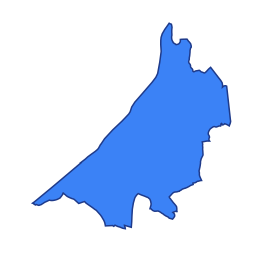 outline of Santa Lucía, Atlántico, Colombia, rotated 84°
{"feature_id": "7082276B3816592638323", "entity_name": "Santa Lucía", "entity_type": "district", "adm_level": 2, "iso_a3": "COL", "parent_name": "Colombia", "parent_adm1": "Atlántico", "projection": "robinson", "projection_center": [-74.963, 10.342], "detail": "fine", "context": "isolated", "style": "filled", "palette": "blue", "viewbox_px": 256, "rotation_deg": 84, "n_neighbors": 0, "source": "geoboundaries", "source_scale": "gbopen_adm2", "svg_char_len": 5568}
<svg xmlns="http://www.w3.org/2000/svg" viewBox="0 0 256 256"><g transform="rotate(84 128 128)"><path d="M149.5,48.2L148.6,48.7L147.9,48.7L147.4,48.7L146.9,48.5L146.5,48.4L146.1,48.1L145.9,48.0L145.6,47.9L145.3,47.9L143.9,48.2L143.7,48.3L143.3,48.6L143.0,48.7L142.1,48.8L141.5,48.7L141.0,48.6L140.3,48.3L139.7,48.0L139.1,47.6L138.4,47.1L138.0,46.8L137.5,46.3L137.1,45.7L136.6,44.9L136.0,43.7L135.8,43.2L135.6,42.6L135.6,42.2L135.6,41.9L136.0,41.0L136.2,40.4L136.2,40.1L136.2,39.8L136.1,39.4L136.0,39.0L135.9,38.5L135.6,37.6L135.5,37.0L135.7,36.0L135.7,35.7L135.5,35.4L135.3,35.3L134.6,35.3L134.2,35.3L133.4,34.9L133.2,34.5L133.3,34.4L133.9,34.0L134.3,33.9L134.6,33.8L134.7,33.7L134.8,33.5L134.9,33.4L134.8,33.2L134.4,32.1L134.1,31.7L133.8,31.4L134.0,31.0L135.2,28.8L136.5,27.1L136.0,26.9L135.5,26.6L133.9,25.8L132.4,25.3L131.8,25.2L130.9,25.3L97.9,25.5L96.7,25.5L96.4,26.0L96.2,26.5L96.1,27.1L96.2,27.7L96.2,28.1L96.6,28.8L97.3,29.8L95.9,29.5L94.7,29.5L93.5,29.6L92.7,29.7L91.7,30.2L90.6,30.7L86.9,33.0L78.9,37.9L76.3,39.5L77.4,41.1L78.1,42.0L79.9,44.0L80.3,44.5L80.6,45.0L81.1,45.7L81.2,45.9L81.2,46.1L81.2,46.4L81.0,46.9L80.4,47.9L79.9,49.2L79.7,49.5L79.3,49.9L78.6,50.4L78.4,50.6L78.2,50.8L78.1,51.1L78.1,51.6L78.2,52.5L78.3,54.5L78.4,55.0L78.8,56.0L78.9,56.5L78.9,56.8L78.8,57.0L78.6,57.3L78.4,57.4L78.3,57.5L78.1,57.6L77.1,57.5L76.7,57.6L76.2,57.8L75.7,58.1L74.9,58.8L74.4,59.1L74.0,59.3L73.5,59.4L72.4,59.3L71.9,59.4L71.5,59.5L71.0,59.7L70.1,60.3L69.8,60.5L69.1,60.7L68.5,60.7L68.1,60.7L67.6,60.5L66.6,60.1L66.2,59.9L64.6,59.7L63.3,59.3L62.1,59.0L59.1,58.4L57.4,58.2L56.8,58.0L56.1,57.8L55.2,57.4L54.7,57.2L54.3,56.7L53.7,56.6L53.1,56.6L52.5,56.6L52.1,56.7L51.2,56.8L50.8,56.9L50.4,57.1L49.6,57.6L48.8,58.1L48.4,58.5L47.6,59.0L46.2,59.8L45.8,60.0L45.6,62.3L45.4,65.1L45.4,66.7L46.0,66.7L46.9,66.9L47.7,67.0L47.9,67.1L48.9,67.9L49.4,68.4L49.8,69.1L49.9,69.5L50.1,71.1L50.1,71.5L49.9,71.8L49.6,71.9L49.0,72.7L48.5,73.4L47.9,74.0L47.7,74.2L47.2,74.2L46.6,74.5L45.9,74.8L45.3,75.0L44.8,75.1L43.6,75.2L43.0,75.2L42.0,75.1L41.5,75.0L41.0,74.9L40.2,74.6L39.1,74.6L38.5,74.5L37.5,74.5L36.7,74.4L35.6,74.3L35.0,74.2L34.4,74.1L32.5,73.7L30.7,73.8L29.3,74.0L29.0,74.8L28.6,75.4L28.1,76.1L33.9,81.2L37.9,84.1L41.3,85.6L44.1,86.2L48.4,86.7L55.3,87.0L65.7,89.5L76.9,92.8L80.5,95.0L85.1,99.3L98.3,113.4L102.9,118.4L107.5,122.1L112.0,124.1L114.2,125.8L120.5,133.2L128.3,143.4L136.2,152.4L141.5,156.8L141.5,157.0L145.0,159.4L146.1,160.5L147.9,163.1L150.0,166.8L152.4,170.9L154.4,173.6L157.6,178.8L157.8,178.5L170.4,197.0L179.0,209.7L191.8,229.0L192.8,230.8L193.2,230.0L194.0,229.3L193.9,229.1L194.7,228.4L194.9,227.9L194.6,227.6L194.5,227.1L194.6,226.9L194.7,226.7L195.0,226.3L195.5,225.1L195.6,224.8L195.5,224.1L195.3,223.5L195.3,223.1L195.2,222.6L194.9,221.9L194.6,221.4L194.2,220.5L193.8,219.8L193.3,218.8L193.1,218.4L193.0,218.0L191.8,214.5L191.5,213.8L191.7,213.3L192.0,212.4L192.1,211.7L192.2,210.7L192.2,209.6L192.1,208.7L192.0,207.7L191.8,206.7L191.6,205.8L191.3,204.9L190.5,202.9L188.8,201.3L187.3,200.0L186.7,199.7L186.2,199.6L185.9,199.4L185.9,199.2L186.1,198.9L186.9,198.4L187.2,198.1L187.6,197.5L188.6,196.7L189.5,195.8L190.3,194.7L190.6,194.2L191.2,193.2L192.3,191.2L193.0,189.5L193.5,188.9L193.9,188.5L197.9,184.9L197.8,184.5L197.7,183.9L197.1,181.5L196.6,178.9L198.3,177.6L203.4,171.7L205.3,169.7L206.6,168.1L211.6,164.5L213.6,163.4L215.9,162.4L216.6,162.0L218.3,161.4L219.9,161.0L221.8,160.8L223.0,160.7L223.4,153.7L223.5,153.7L223.7,153.1L224.3,152.4L223.3,151.1L223.7,150.4L224.1,149.8L224.4,149.3L224.9,148.4L225.6,146.6L226.3,145.3L227.1,143.8L227.3,143.3L227.5,142.5L227.9,141.2L227.2,141.2L225.6,141.5L224.9,141.7L224.4,141.7L227.1,135.1L221.6,134.1L216.0,133.3L211.2,132.5L209.4,132.2L208.2,131.9L203.5,130.6L202.6,130.3L198.6,128.7L197.7,128.2L196.5,127.2L195.7,126.5L195.1,125.8L194.5,125.0L194.3,124.7L196.0,121.7L197.4,118.8L198.2,117.4L198.7,116.5L198.9,116.0L199.3,115.3L200.1,114.6L200.7,114.0L201.3,113.6L201.8,113.5L202.8,113.2L203.5,113.1L205.0,113.0L205.7,112.9L206.2,113.0L207.4,113.3L210.6,114.6L210.8,113.6L210.9,113.4L211.2,113.3L211.8,112.8L212.7,111.9L213.4,110.6L213.6,109.9L213.6,109.3L213.7,108.6L213.6,108.0L213.7,107.3L213.7,106.8L214.3,105.7L215.0,104.7L215.5,104.1L216.2,103.4L216.6,102.8L217.4,101.8L218.0,101.3L219.6,99.3L219.9,98.8L220.2,98.2L220.6,97.6L221.3,97.0L221.9,96.5L222.0,96.4L223.3,93.2L222.8,92.7L222.0,91.9L221.3,91.3L220.8,90.9L220.4,90.8L220.0,90.7L219.5,90.7L218.6,90.8L218.1,91.0L216.6,92.2L215.7,88.9L216.3,88.2L216.5,87.6L216.3,87.8L215.5,88.1L215.0,88.1L213.7,87.9L213.1,87.9L212.5,87.9L211.5,87.9L211.0,88.1L210.4,88.4L209.9,88.7L208.1,89.9L207.3,90.5L207.0,90.7L206.6,91.0L205.6,91.5L204.2,92.5L203.3,92.9L202.0,93.8L201.7,94.0L200.8,94.2L200.3,93.7L200.1,93.3L199.4,92.5L198.5,91.6L197.1,89.8L196.9,89.4L196.7,88.7L196.6,88.3L196.6,86.0L196.4,85.0L196.3,84.2L196.3,83.6L196.0,83.4L195.9,83.2L195.6,82.6L195.6,82.3L195.4,81.9L194.4,80.2L194.2,79.1L193.9,78.0L193.9,77.4L193.6,76.6L193.5,76.0L192.7,73.9L192.3,73.0L192.1,72.6L191.7,71.8L191.5,71.2L191.3,70.2L191.0,69.1L189.6,69.2L189.5,68.0L189.5,67.2L189.0,65.8L188.6,65.3L188.3,64.5L188.2,63.2L188.1,62.7L188.0,62.2L187.9,61.7L187.9,60.3L185.2,61.2L183.2,61.8L182.2,61.9L181.8,61.9L180.1,61.7L179.5,61.7L179.2,61.8L178.0,61.8L176.3,61.2L175.9,61.1L174.5,60.6L173.1,60.2L170.7,59.6L169.0,59.4L168.4,59.2L167.6,58.9L166.7,58.6L165.2,57.8L164.6,57.4L163.7,56.8L163.0,56.4L162.8,56.3L162.6,56.2L158.5,56.0L157.0,56.0L155.1,55.7L153.3,55.7L152.0,55.4L149.6,55.6L149.2,50.7L149.4,49.4L149.5,48.2Z" fill="#3b82f6" stroke="#1e3a8a" stroke-width="1.5"/></g></svg>